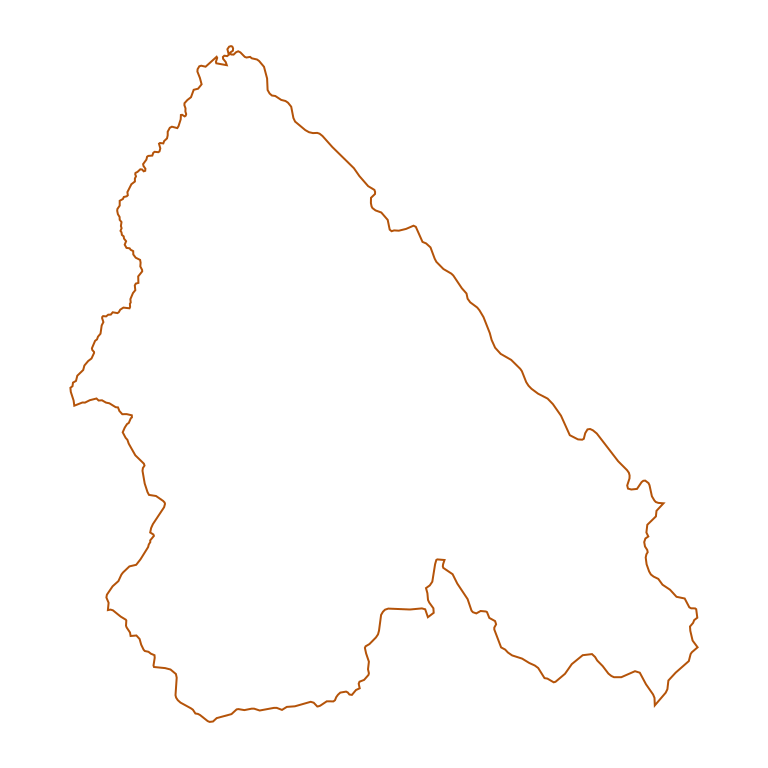 the district of Bat Xat, Lào Cai, Vietnam
{"feature_id": "81297802B11536853186467", "entity_name": "Bat Xat", "entity_type": "district", "adm_level": 2, "iso_a3": "VNM", "parent_name": "Vietnam", "parent_adm1": "Lào Cai", "projection": "robinson", "projection_center": [103.676, 22.597], "detail": "fine", "context": "isolated", "style": "outline", "palette": "amber", "viewbox_px": 768, "rotation_deg": 0, "n_neighbors": 0, "source": "geoboundaries", "source_scale": "gbopen_adm2", "svg_char_len": 6056}
<svg xmlns="http://www.w3.org/2000/svg" viewBox="0 0 768 768"><path d="M663.5,503.3L658.3,502.9L655.8,502.0L654.4,500.5L651.9,496.3L649.5,485.2L648.5,483.1L645.2,480.6L643.3,480.8L641.6,482.1L637.0,488.9L631.3,489.5L628.0,488.6L627.2,485.5L629.5,478.4L629.6,475.5L628.9,472.8L627.0,470.1L618.2,461.3L596.8,433.5L592.9,430.3L590.1,429.0L587.5,429.4L585.2,433.2L583.8,438.8L582.2,439.7L578.0,439.4L569.8,435.2L561.0,415.7L552.9,404.1L547.6,398.6L538.1,393.7L531.5,388.8L528.5,385.7L526.2,382.1L521.9,371.2L520.3,368.9L511.2,359.9L500.7,353.9L495.1,347.7L491.6,339.9L489.8,333.1L483.5,317.1L479.4,310.2L477.2,307.5L470.2,302.3L467.6,298.7L466.5,293.5L461.8,288.2L453.3,275.5L451.3,273.6L443.4,269.0L436.4,261.9L434.7,258.7L430.5,247.4L426.1,243.4L422.5,241.9L415.8,226.8L413.5,225.7L406.1,228.9L398.8,230.7L394.1,230.4L391.6,231.2L389.7,229.6L387.7,219.9L381.3,212.5L375.5,210.4L372.5,208.1L371.6,206.5L370.9,203.1L371.0,197.8L375.0,194.0L375.1,191.9L374.4,189.9L368.2,186.2L359.4,176.1L353.9,168.2L332.3,147.0L322.5,136.0L319.6,133.7L317.2,132.9L313.0,133.1L309.0,132.2L305.3,130.1L295.1,121.6L293.4,118.0L291.2,106.7L288.0,102.7L285.5,101.0L281.2,99.9L275.3,96.0L271.9,95.5L269.6,93.5L267.6,90.0L267.1,78.5L264.0,66.8L259.1,61.0L257.0,59.5L251.8,58.3L250.1,56.9L246.5,57.5L244.8,56.9L240.4,52.4L238.2,51.3L236.1,52.2L233.6,54.6L231.2,54.5L230.5,53.9L230.3,52.5L232.9,50.7L233.1,48.4L232.3,46.6L231.0,46.1L229.1,46.7L227.4,49.2L228.8,54.8L227.1,56.1L224.3,55.7L222.9,57.0L223.1,58.8L225.7,62.0L226.8,65.2L216.3,63.3L215.9,61.9L217.2,57.9L216.6,56.8L205.6,66.7L201.2,65.7L199.3,66.3L197.6,69.2L197.4,71.6L199.9,77.9L201.6,84.3L198.1,88.7L193.7,89.8L191.0,97.2L187.4,100.0L184.5,103.2L184.4,105.2L185.5,108.3L185.4,111.6L186.2,114.1L185.7,115.7L184.7,116.4L182.1,114.8L180.9,115.0L180.7,119.3L178.5,126.2L177.3,128.1L171.9,126.7L169.8,127.8L167.7,131.7L167.7,135.3L167.0,138.4L164.2,141.0L163.3,143.4L160.0,143.0L159.0,143.7L160.3,148.4L159.5,151.4L158.3,152.2L154.6,151.8L153.3,152.8L152.3,155.6L148.3,155.9L147.1,156.7L146.4,159.6L143.1,164.1L143.5,166.0L145.4,168.7L145.2,170.8L143.7,171.3L142.1,169.5L140.3,169.3L137.5,171.9L135.5,172.9L135.2,174.2L136.0,176.3L134.9,178.5L134.9,181.5L131.4,184.2L127.4,192.1L127.8,195.3L126.7,196.3L123.8,197.0L122.9,199.0L119.7,200.8L119.7,205.6L117.4,209.0L117.2,210.8L117.9,214.2L119.6,217.0L119.7,219.8L121.5,222.1L120.9,226.0L121.6,228.2L120.5,230.9L121.5,232.3L121.9,234.9L123.7,236.4L124.0,238.6L126.1,241.2L124.7,244.7L126.5,247.9L129.6,248.3L130.7,249.8L133.2,251.1L133.3,254.5L135.7,257.7L140.1,259.9L140.6,262.7L140.3,266.4L142.1,269.9L142.2,271.4L138.2,276.4L138.4,282.9L135.8,283.6L134.8,285.4L135.3,290.2L133.0,293.0L130.4,299.1L130.7,302.5L129.9,303.8L130.1,307.0L129.5,308.3L123.4,307.6L120.2,309.7L118.8,312.2L117.5,313.1L112.7,312.3L110.8,314.6L108.2,314.7L106.1,316.4L103.1,316.1L102.3,316.9L102.1,318.1L103.4,322.1L101.7,325.4L100.5,333.7L98.0,336.6L97.0,339.4L95.1,340.8L91.9,348.3L92.3,350.0L94.0,351.9L94.1,352.9L91.5,358.5L88.2,361.0L84.4,365.5L83.2,370.0L77.3,375.7L76.0,380.9L73.0,382.6L72.5,386.2L70.4,387.8L70.8,391.9L73.6,400.5L74.3,405.7L82.4,402.5L85.0,402.6L89.8,400.2L96.5,398.5L98.6,400.5L102.0,400.3L106.0,402.6L109.4,403.3L115.7,407.2L118.0,407.4L119.4,411.0L122.3,414.2L126.6,414.1L131.8,415.3L131.9,417.4L130.8,418.3L128.8,422.9L127.0,424.1L124.8,427.5L122.7,432.3L125.6,437.8L127.4,439.8L128.7,443.6L135.3,455.3L143.9,463.7L144.5,465.6L142.9,468.0L142.5,470.8L144.7,483.5L147.5,492.1L149.0,494.9L156.0,496.0L163.1,500.9L164.6,502.5L165.0,503.9L164.1,507.2L152.9,524.1L151.1,528.1L150.2,532.5L153.4,534.5L153.9,535.9L150.2,540.4L150.3,542.1L148.8,544.4L148.1,547.1L140.5,559.3L136.2,564.8L129.4,566.4L123.0,572.5L121.4,574.6L118.4,581.1L112.6,586.3L106.9,594.7L106.4,597.5L108.6,602.8L107.9,610.1L110.5,609.6L112.9,610.3L120.7,616.6L125.8,619.7L126.3,620.5L126.0,625.7L126.6,627.4L130.0,632.5L130.6,636.0L136.4,635.5L139.6,639.0L141.2,644.7L143.6,649.7L144.8,651.0L148.5,651.8L150.9,653.7L154.5,655.2L154.7,657.8L153.5,665.5L154.0,667.0L165.1,668.1L170.5,669.5L175.9,674.0L176.7,677.7L175.5,695.2L176.1,697.6L177.8,700.2L180.5,702.6L190.9,708.3L192.9,709.7L195.4,713.5L197.9,713.9L200.0,715.0L207.7,721.1L209.6,721.9L213.0,721.5L216.7,718.1L231.5,714.1L236.6,709.4L238.4,709.1L244.4,710.1L251.5,708.7L254.2,708.7L259.7,710.5L273.8,707.9L276.8,707.9L282.0,709.9L286.8,706.9L294.9,706.3L310.7,701.8L313.7,702.7L317.3,706.5L318.1,706.4L320.2,705.7L326.8,701.3L333.4,701.4L335.0,700.2L336.2,697.2L338.0,694.7L340.3,692.6L346.1,691.6L347.8,692.5L349.4,694.5L351.9,694.9L356.0,690.0L359.7,688.3L358.7,683.7L359.5,681.7L364.1,679.9L368.5,674.9L368.9,673.2L368.0,669.3L368.9,661.7L366.1,653.4L364.9,647.9L365.6,646.3L369.4,644.1L375.9,637.5L378.0,634.4L379.0,630.7L381.1,614.9L383.0,611.7L385.0,609.7L388.3,608.6L410.0,609.5L421.9,608.4L425.2,609.3L427.9,617.2L433.7,612.8L433.4,608.3L429.2,602.5L428.0,599.9L427.4,593.2L426.0,588.1L429.8,585.4L432.3,581.7L435.1,564.2L436.3,560.0L437.3,559.4L444.5,560.0L443.1,564.2L442.8,566.3L443.3,567.9L452.6,574.2L457.3,583.6L467.6,599.1L471.5,610.6L472.9,612.2L476.3,613.4L480.6,611.0L485.9,611.5L487.0,612.1L489.3,617.9L495.1,621.1L496.1,624.3L494.3,627.6L494.3,629.5L501.1,647.4L505.2,649.6L507.9,652.5L512.1,655.4L522.1,658.6L529.3,663.0L534.8,665.5L538.2,668.0L544.5,678.1L547.4,678.6L553.7,682.3L555.5,681.8L565.0,673.8L571.8,664.1L582.7,655.2L592.0,654.1L595.1,657.0L597.2,660.5L602.7,666.1L608.4,673.6L611.4,676.0L614.0,677.2L621.3,677.2L635.0,671.2L639.8,672.7L646.0,684.3L653.1,694.5L654.5,697.9L654.8,705.4L665.7,692.7L667.4,689.2L668.4,680.5L675.7,672.6L688.8,661.1L690.6,654.1L691.8,652.3L697.6,647.3L692.6,640.6L690.3,630.8L690.0,626.5L693.1,622.9L694.2,620.1L697.3,617.7L696.2,609.2L695.1,608.4L691.1,608.3L689.3,607.3L684.7,598.5L676.5,596.8L670.0,589.7L662.5,584.7L658.3,578.9L653.6,576.6L650.9,574.5L649.1,571.4L646.6,564.3L645.7,557.5L646.4,554.3L647.7,552.2L647.2,549.9L645.0,546.5L644.2,542.1L645.4,538.5L648.3,536.5L646.4,532.5L647.3,524.8L655.9,516.4L656.5,510.8L663.5,503.3Z" fill="none" stroke="#b45309" stroke-width="2"/></svg>